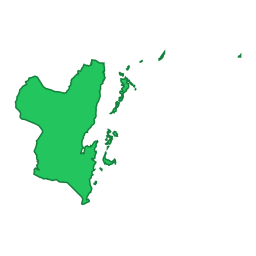 outline of Muleba, Kagera, United Republic of Tanzania
{"feature_id": "72390352B90711717616381", "entity_name": "Muleba", "entity_type": "district", "adm_level": 2, "iso_a3": "TZA", "parent_name": "United Republic of Tanzania", "parent_adm1": "Kagera", "projection": "orthographic", "projection_center": [31.752, -1.923], "detail": "fine", "context": "isolated", "style": "filled", "palette": "green", "viewbox_px": 256, "rotation_deg": 0, "n_neighbors": 0, "source": "geoboundaries", "source_scale": "gbopen_adm2", "svg_char_len": 5723}
<svg xmlns="http://www.w3.org/2000/svg" viewBox="0 0 256 256"><path d="M90.6,192.4L91.8,188.3L90.2,185.0L89.5,179.2L91.0,178.1L91.5,175.6L92.9,174.8L92.1,174.3L91.9,172.1L92.5,171.1L94.4,170.2L94.6,169.8L93.9,170.1L93.5,169.1L93.6,166.5L94.3,164.6L95.3,163.5L95.9,162.2L92.2,159.6L91.8,158.5L92.3,158.4L93.6,159.0L94.9,158.0L95.1,154.8L96.1,153.3L96.2,152.0L96.1,151.5L95.4,152.0L94.9,151.6L94.5,149.2L95.1,147.4L96.2,146.5L96.0,144.6L96.5,143.1L97.6,142.2L97.7,141.5L97.3,140.8L96.3,141.6L95.7,141.2L94.4,141.9L92.1,145.4L91.5,145.9L90.7,145.6L90.8,146.7L88.6,146.8L87.3,145.8L87.0,146.3L85.7,146.4L85.2,146.8L84.6,149.2L84.1,153.4L83.4,153.6L82.9,152.9L81.3,153.8L80.7,153.5L80.6,152.9L81.3,152.0L81.4,150.7L82.1,148.9L83.5,147.9L82.2,146.0L81.8,143.8L82.0,141.4L82.3,139.8L83.5,137.8L83.3,136.5L84.3,135.1L84.5,133.6L86.3,132.2L87.4,132.3L87.1,131.5L89.0,128.8L90.9,127.3L91.3,125.9L93.4,124.3L94.3,123.1L94.5,121.3L94.0,119.9L94.2,118.9L95.3,117.9L96.1,115.7L95.8,114.0L96.2,109.2L95.9,107.9L96.7,105.4L96.8,103.8L98.4,101.4L100.2,96.1L99.9,92.5L99.4,91.6L100.0,91.2L100.0,89.8L100.6,89.3L100.5,85.0L102.9,83.3L102.6,82.3L103.1,81.7L103.0,80.8L103.8,80.5L103.7,79.8L104.2,79.5L104.2,79.0L104.8,78.5L105.1,77.6L104.1,75.7L104.4,73.9L104.1,73.3L104.0,73.6L103.3,73.1L103.0,72.4L103.3,71.3L104.2,71.4L104.6,70.6L103.9,64.3L103.8,63.7L103.4,63.8L103.8,63.1L99.6,63.0L95.6,60.4L91.8,59.9L91.6,62.1L92.1,62.0L91.5,62.3L91.6,62.8L91.3,62.7L91.5,63.6L90.8,63.9L90.7,64.7L91.1,64.9L88.8,65.9L87.0,65.3L86.4,65.6L84.0,64.4L82.8,67.5L81.8,68.3L80.7,71.1L80.0,71.3L78.6,70.6L78.0,71.1L77.8,72.1L78.4,73.3L78.1,74.3L77.3,74.0L76.3,74.8L73.9,77.4L71.6,79.4L71.2,80.5L71.5,81.3L70.7,83.2L71.0,84.0L70.7,85.2L69.0,86.5L69.4,87.5L68.8,89.5L67.1,90.9L66.4,92.4L64.4,93.2L58.9,91.9L54.4,91.5L51.5,90.1L45.9,88.5L43.3,86.7L37.4,77.2L34.9,76.2L31.0,77.8L29.4,77.9L28.8,78.5L28.7,79.5L27.9,80.9L25.6,81.6L25.7,82.5L26.6,84.1L26.3,84.9L24.9,85.1L22.6,86.5L21.4,88.4L19.9,89.6L19.3,92.5L17.8,96.0L17.1,96.4L16.8,99.8L15.4,102.2L15.9,103.6L15.9,107.6L19.9,111.7L20.7,113.8L20.0,116.8L20.8,118.2L22.3,119.2L24.7,119.4L36.4,124.3L39.0,125.8L42.5,130.4L42.5,132.2L41.9,133.4L37.8,139.7L36.5,140.8L36.9,142.8L35.9,147.2L34.2,151.1L34.7,152.5L35.5,152.8L35.8,154.2L36.7,154.9L36.8,158.5L37.1,159.5L38.1,160.1L38.4,160.8L38.3,161.2L37.3,161.4L38.3,162.9L37.8,164.3L37.0,164.9L36.7,166.0L37.3,166.3L37.6,168.1L39.0,169.8L38.4,169.9L36.6,168.9L36.0,168.1L35.4,168.1L34.2,169.5L34.5,170.6L33.9,174.1L40.3,177.5L41.1,177.4L43.3,178.8L47.3,178.6L47.2,179.0L52.8,180.5L56.3,179.5L59.4,181.9L67.2,182.5L81.7,196.9L82.8,198.9L81.7,203.9L82.5,204.3L84.1,204.0L89.2,201.4L89.2,200.7L88.2,199.2L86.6,199.6L86.7,197.6L89.1,193.2L90.1,192.2L90.6,192.4ZM126.4,78.8L125.6,77.1L125.2,77.4L125.1,78.5L124.1,79.3L121.0,78.8L120.9,80.9L121.6,82.5L123.0,83.4L123.7,84.3L121.6,84.9L121.6,85.2L124.0,85.8L124.3,86.4L121.7,88.7L121.6,89.3L122.9,90.5L122.7,91.2L121.9,91.6L120.5,91.1L119.8,91.9L120.1,93.1L121.9,94.1L121.8,95.6L122.1,96.3L121.0,98.2L120.6,98.1L120.6,97.4L120.2,97.1L119.1,97.9L119.9,99.3L118.8,100.2L120.1,101.3L121.6,100.6L122.6,98.7L123.2,97.1L123.1,93.9L123.6,92.9L126.2,91.0L126.5,90.5L126.6,89.2L127.8,88.6L128.7,87.0L128.5,83.8L126.6,83.0L127.0,80.4L127.8,79.8L127.7,79.2L127.2,78.5L126.4,78.8ZM107.5,160.0L105.7,159.1L104.7,157.3L105.4,154.7L106.0,153.6L105.7,151.6L105.3,153.7L103.2,158.7L103.1,160.0L104.7,163.6L105.3,162.9L106.2,164.3L108.3,164.4L108.9,165.3L110.4,164.3L112.1,163.9L114.0,162.0L114.7,162.1L115.5,162.8L115.6,162.6L115.3,160.3L114.7,159.2L112.4,161.5L111.2,161.8L108.3,159.9L107.5,160.0ZM118.2,106.4L119.3,102.9L117.5,101.8L116.8,101.8L115.9,102.6L116.0,104.0L117.1,103.7L117.4,104.7L116.0,105.4L116.1,106.4L115.5,107.5L113.9,108.9L113.3,109.9L112.8,111.3L114.0,112.7L114.6,111.8L116.0,111.1L116.2,107.7L117.2,107.4L118.2,106.4ZM116.2,133.0L115.9,131.9L114.3,131.5L113.0,133.3L114.9,136.0L116.0,135.8L116.8,136.3L117.4,136.2L117.2,135.3L117.4,134.2L116.2,133.0ZM164.5,53.8L164.5,51.7L160.9,56.7L160.8,57.8L159.0,58.7L159.2,60.1L161.7,58.5L163.0,56.8L163.4,55.1L162.3,55.8L162.9,54.1L164.5,53.8ZM110.7,140.9L110.8,140.1L110.3,139.2L108.4,140.9L108.2,142.5L109.0,143.9L109.8,144.1L110.7,142.9L111.2,141.2L110.7,140.9ZM109.5,135.6L106.9,135.8L107.1,137.1L107.9,136.8L109.5,137.2L110.2,138.7L111.1,138.7L112.3,137.2L112.4,136.7L111.8,136.3L110.9,136.7L109.5,135.6ZM128.5,80.2L127.9,80.6L127.9,81.4L129.6,81.9L130.1,83.3L132.0,85.0L133.1,85.4L132.7,84.4L129.6,81.5L129.3,80.4L128.5,80.2ZM119.8,72.5L119.4,72.8L119.9,74.7L120.6,75.1L121.5,74.8L122.8,76.0L123.1,75.9L123.3,74.0L121.0,73.5L119.8,72.5ZM128.7,66.0L127.9,66.6L128.1,67.9L126.7,68.8L127.1,69.9L127.8,69.7L128.8,67.9L129.3,66.4L128.7,66.0ZM109.6,130.1L108.3,129.5L108.4,130.7L110.0,132.3L110.7,131.8L109.6,130.1ZM95.2,184.5L96.3,183.1L96.4,181.6L95.5,181.5L95.4,183.1L94.3,183.2L94.0,183.7L94.0,184.0L95.2,184.5ZM107.7,144.0L107.6,142.1L107.0,143.1L106.6,143.0L105.0,144.2L106.0,144.0L107.0,144.4L107.7,144.0ZM108.5,131.8L107.5,131.9L107.3,132.6L107.7,134.2L108.6,134.1L108.5,131.8ZM240.6,57.0L240.6,54.9L239.7,56.2L239.0,56.0L238.8,56.3L239.1,56.4L238.7,56.9L240.6,57.0ZM100.5,168.1L100.1,168.3L100.2,168.8L101.7,170.3L102.0,169.3L100.5,168.1ZM106.8,138.7L105.7,139.6L106.2,140.3L106.7,140.2L106.9,139.4L106.8,138.7ZM140.8,62.1L142.2,61.0L142.0,60.6L140.2,61.9L140.8,62.1ZM107.4,148.4L109.2,145.6L108.4,146.8L107.5,146.7L107.4,148.4ZM111.8,139.8L112.4,138.9L112.0,138.5L111.0,139.3L111.8,139.8ZM110.9,113.7L112.2,112.7L112.0,112.2L110.4,113.5L110.9,113.7ZM134.2,86.9L134.7,85.9L134.5,85.6L133.8,86.5L134.2,86.9ZM115.5,164.6L115.2,162.9L115.1,163.0L115.5,164.6ZM135.6,88.8L135.1,89.4L135.3,89.7L135.8,89.2L135.6,88.8Z" fill="#22c55e" stroke="#15803d" stroke-width="1.5"/></svg>